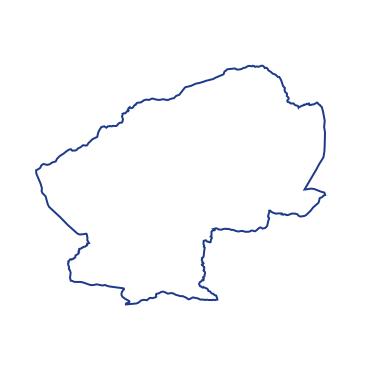 outline of Plai Phraya, Krabi, Thailand, rotated 256°
{"feature_id": "78962969B62820682032584", "entity_name": "Plai Phraya", "entity_type": "district", "adm_level": 2, "iso_a3": "THA", "parent_name": "Thailand", "parent_adm1": "Krabi", "projection": "equal_earth", "projection_center": [98.811, 8.55], "detail": "fine", "context": "isolated", "style": "outline", "palette": "blue", "viewbox_px": 384, "rotation_deg": 256, "n_neighbors": 0, "source": "geoboundaries", "source_scale": "gbopen_adm2", "svg_char_len": 6000}
<svg xmlns="http://www.w3.org/2000/svg" viewBox="0 0 384 384"><g transform="rotate(256 192 192)"><path d="M282.5,304.4L282.9,303.1L285.5,301.5L286.3,300.6L287.5,298.8L289.2,297.8L291.6,295.5L293.2,295.2L294.5,294.4L294.7,292.6L296.4,292.0L297.4,291.1L297.7,289.9L297.4,286.7L298.3,284.8L298.2,283.3L299.1,282.7L299.8,281.5L299.5,280.8L299.6,280.1L300.6,277.9L300.5,276.2L299.9,274.5L299.8,271.3L299.4,270.0L299.4,268.0L299.7,266.1L300.2,264.7L301.2,264.0L301.5,263.5L302.5,256.1L302.3,255.3L301.5,254.3L301.1,252.8L300.2,252.1L298.9,251.4L298.5,250.7L297.2,242.4L296.5,239.9L296.5,232.0L296.2,229.8L296.0,225.5L296.2,221.8L295.2,216.6L295.3,211.1L294.7,209.9L289.4,203.2L289.1,199.9L287.7,197.7L287.4,196.9L287.6,194.3L287.0,190.6L287.7,189.6L287.9,188.4L288.6,187.5L289.0,186.5L289.2,182.8L289.4,182.0L290.5,179.3L292.2,176.4L292.3,175.3L291.7,172.6L292.7,170.1L292.7,167.9L291.3,164.1L291.8,160.5L291.7,160.1L291.0,159.5L291.0,159.1L290.6,158.3L290.2,158.2L290.3,157.7L289.5,156.4L288.3,155.2L288.0,154.1L288.1,153.3L288.8,152.2L289.3,152.1L289.0,151.7L289.0,151.2L288.9,150.9L288.4,150.8L288.2,150.4L287.2,150.2L287.0,149.6L286.3,150.1L285.8,149.5L286.0,148.9L285.6,147.7L284.7,146.7L284.5,146.0L284.9,144.6L284.7,143.6L284.3,143.7L282.4,142.4L279.2,142.6L278.1,141.9L277.3,141.8L276.3,140.6L276.6,138.8L276.5,138.1L275.6,136.3L274.7,135.6L274.4,134.3L274.6,133.4L275.2,131.7L275.3,130.8L275.1,130.4L275.3,129.4L275.9,128.5L275.8,127.1L276.1,126.3L275.1,124.4L277.0,122.7L276.9,119.7L274.9,117.5L273.3,116.1L272.2,115.3L268.4,113.4L267.3,108.2L264.4,103.2L263.1,102.0L262.7,101.3L262.7,100.1L263.4,98.7L263.7,97.4L262.4,94.8L261.9,91.9L260.7,90.2L260.5,88.8L261.0,86.1L261.3,85.6L262.7,85.0L262.9,84.5L262.9,83.4L262.3,81.0L260.3,76.6L258.8,72.2L256.9,69.1L254.6,67.1L254.5,63.7L253.4,60.6L253.3,58.5L253.6,57.5L255.0,55.0L254.9,53.6L254.2,52.2L252.2,50.6L251.4,48.6L250.8,46.0L247.5,45.4L236.8,47.1L232.1,47.3L229.2,46.3L227.1,46.6L223.3,48.9L214.9,49.1L212.2,49.7L199.3,58.1L190.2,63.4L179.6,70.6L178.5,71.8L177.8,73.2L177.2,77.6L177.2,79.1L176.7,79.6L172.8,79.5L170.7,78.7L167.4,79.7L167.5,78.9L167.1,78.4L167.2,77.9L166.7,78.0L166.4,77.4L165.6,77.2L165.1,75.3L164.8,75.0L165.0,73.8L164.9,72.9L164.5,72.4L164.5,71.7L164.1,71.3L164.1,69.7L163.8,69.4L163.9,69.0L163.7,69.0L163.4,68.5L162.5,68.4L162.3,67.8L161.6,67.5L161.1,67.7L161.0,67.4L160.6,67.4L160.4,67.1L159.7,67.0L158.8,64.5L158.7,63.7L157.8,63.2L156.7,62.9L156.3,61.1L156.0,61.0L155.7,60.1L155.8,59.4L155.6,58.7L156.1,58.3L156.1,57.5L155.9,57.0L155.1,56.5L154.8,55.4L154.3,55.0L153.4,55.2L152.3,54.3L148.2,54.5L147.0,53.9L145.6,54.6L143.0,54.7L138.3,52.9L135.3,52.9L134.7,54.3L133.2,56.1L131.9,61.4L130.9,63.9L126.4,70.8L125.7,72.9L125.4,77.4L123.3,81.7L122.9,82.9L122.9,84.3L122.7,85.4L121.5,86.8L120.3,89.1L115.2,102.0L114.8,102.5L114.1,102.5L112.6,100.4L112.0,99.9L110.5,99.0L108.7,98.7L106.9,99.3L104.5,101.3L101.6,104.5L100.9,104.8L100.1,104.3L99.9,101.3L99.4,100.8L98.9,100.7L97.3,111.0L97.6,113.3L98.6,115.3L99.1,116.6L99.1,119.1L97.9,122.1L99.4,125.3L99.2,126.5L98.6,127.8L98.6,130.5L98.9,131.8L99.3,132.1L101.1,132.2L101.8,132.8L101.7,135.4L102.5,137.9L102.4,139.3L102.2,140.1L100.9,142.1L99.5,143.5L99.2,144.1L99.0,147.2L98.7,148.1L98.2,149.1L95.9,151.8L94.7,154.1L93.8,155.4L93.2,157.8L90.9,160.7L88.7,162.7L88.7,163.8L89.5,167.4L87.2,172.2L85.6,174.0L85.0,176.6L84.2,178.1L83.9,180.5L83.2,181.8L82.8,183.7L82.3,185.0L82.3,186.4L81.6,188.0L81.5,190.6L82.5,190.7L85.7,190.4L86.4,189.0L88.1,188.0L88.7,186.8L89.1,186.4L91.3,185.3L92.0,184.0L93.9,183.7L94.9,182.9L96.5,180.5L97.0,180.2L96.6,179.5L97.3,178.4L98.1,178.1L98.7,177.0L101.0,176.6L102.5,177.6L103.0,179.3L104.0,180.3L104.0,180.7L103.6,181.2L103.9,182.0L104.7,181.8L104.9,182.3L105.2,182.5L106.5,182.1L106.9,183.4L107.3,183.8L108.6,184.1L109.2,184.6L110.7,185.2L112.2,184.9L112.6,184.3L113.2,184.2L114.3,185.2L115.2,185.2L115.8,185.7L116.6,185.5L117.0,185.0L118.0,184.7L118.7,184.0L119.1,183.9L119.3,184.1L119.6,185.6L119.8,185.9L120.9,185.6L121.4,185.0L122.3,185.3L123.7,185.0L124.2,185.5L125.6,185.7L125.9,187.0L126.9,187.8L132.0,189.6L134.9,190.9L136.0,190.2L137.2,190.9L138.7,190.5L141.7,191.5L141.8,191.8L141.8,193.8L140.5,194.4L138.9,197.3L138.8,197.8L141.5,199.1L142.1,199.9L142.8,200.2L143.2,200.2L144.2,199.3L144.9,200.3L145.4,200.5L148.8,201.3L149.8,202.9L149.4,204.1L149.6,204.9L150.3,205.0L150.9,204.2L151.0,205.9L150.8,206.9L150.1,208.0L149.3,208.6L148.3,211.5L148.5,214.0L148.3,215.3L147.7,216.6L147.8,217.3L147.3,218.0L146.9,219.5L145.7,221.0L145.3,222.7L143.4,225.5L142.4,227.6L142.3,230.6L141.3,232.9L140.5,234.1L139.8,237.0L139.7,238.2L140.1,240.0L140.1,240.9L139.9,241.6L138.9,242.9L138.7,243.9L139.3,245.4L141.1,248.9L140.9,250.2L139.4,251.6L139.4,254.3L140.4,256.1L141.1,256.8L146.0,259.3L147.4,260.3L148.4,260.6L149.0,260.0L150.1,259.9L153.8,262.1L155.2,262.4L155.1,263.2L153.3,264.5L151.9,266.1L150.6,268.4L150.5,269.9L149.8,272.9L149.3,274.0L148.6,273.6L147.9,275.4L148.0,276.4L147.3,277.7L146.8,278.1L146.4,279.4L146.9,283.8L146.1,286.7L144.9,288.8L143.1,289.8L142.2,290.8L141.9,291.5L141.6,295.2L141.7,296.1L142.1,297.3L145.2,302.7L147.6,305.6L150.8,311.9L152.1,312.9L155.1,314.4L155.6,317.2L156.7,318.8L156.8,320.5L159.4,320.3L161.0,317.4L165.4,311.2L166.5,308.3L166.8,304.4L167.2,301.8L184.0,318.3L188.9,322.7L189.9,323.9L194.0,328.0L199.7,330.4L206.1,332.3L217.0,335.3L219.9,335.7L223.2,335.9L228.9,338.0L238.4,338.6L243.0,338.5L244.6,337.4L245.7,337.1L246.3,336.1L247.7,335.7L248.6,334.9L247.9,332.9L247.6,330.6L247.8,330.1L247.7,328.0L248.0,326.9L249.5,327.0L249.6,326.3L249.4,325.4L249.8,324.6L249.3,323.9L249.6,322.8L249.2,322.0L249.5,321.6L249.1,321.1L249.1,319.2L248.6,317.7L248.6,316.8L248.0,315.8L249.5,315.8L250.2,315.1L251.4,313.0L253.3,312.0L254.0,309.2L255.4,308.3L256.0,306.9L256.6,306.5L257.6,306.6L258.0,306.9L258.9,308.3L259.7,308.5L260.7,308.2L262.3,307.2L264.0,307.9L264.8,307.9L266.2,306.7L268.5,306.4L270.4,307.3L272.7,306.0L278.3,305.6L280.4,305.2L282.5,304.4Z" fill="none" stroke="#1e3a8a" stroke-width="2"/></g></svg>